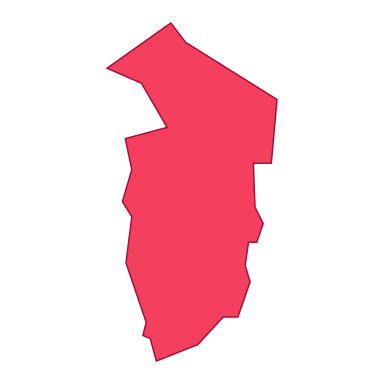 Mundri East, Western Equatoria, South Sudan
{"feature_id": "79223893B67918062022173", "entity_name": "Mundri East", "entity_type": "district", "adm_level": 2, "iso_a3": "SSD", "parent_name": "South Sudan", "parent_adm1": "Western Equatoria", "projection": "equal_earth", "projection_center": [30.696, 5.301], "detail": "fine", "context": "isolated", "style": "filled", "palette": "rose", "viewbox_px": 384, "rotation_deg": 0, "n_neighbors": 0, "source": "geoboundaries", "source_scale": "gbopen_adm2", "svg_char_len": 463}
<svg xmlns="http://www.w3.org/2000/svg" viewBox="0 0 384 384"><path d="M253.4,163.4L253.4,163.2L271.3,163.2L277.0,99.5L185.7,42.4L170.8,23.0L107.0,68.2L141.5,83.3L167.1,127.4L125.3,138.6L131.8,169.6L122.4,201.6L131.8,216.7L126.0,262.8L146.2,322.4L142.9,335.5L150.2,338.5L156.4,361.0L197.9,344.5L223.2,317.0L237.9,317.0L250.1,281.9L245.2,265.4L248.5,242.3L256.7,242.3L263.2,223.6L255.0,207.2L253.4,163.4Z" fill="#f43f5e" stroke="#9f1239" stroke-width="1.5"/></svg>